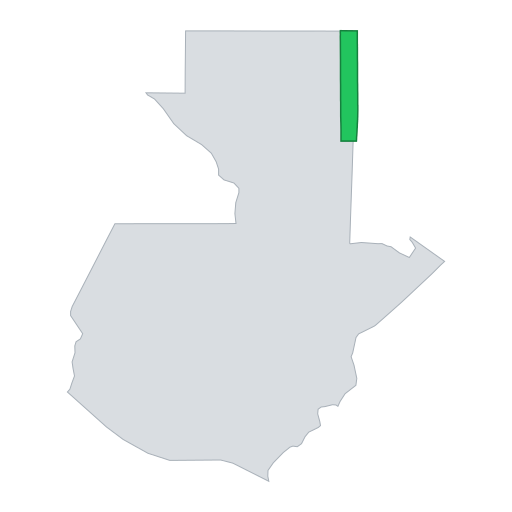 location of Melchor de Mencos, Petén, Guatemala
{"feature_id": "79465075B26662084929959", "entity_name": "Melchor de Mencos", "entity_type": "district", "adm_level": 2, "iso_a3": "GTM", "parent_name": "Guatemala", "parent_adm1": "Petén", "projection": "natural_earth1", "projection_center": [-89.228, 17.318], "detail": "fine", "context": "in_parent", "style": "filled", "palette": "green", "viewbox_px": 512, "rotation_deg": 0, "n_neighbors": 0, "source": "geoboundaries", "source_scale": "gbopen_adm2", "svg_char_len": 2751}
<svg xmlns="http://www.w3.org/2000/svg" viewBox="0 0 512 512"><path d="M67.4,392.0L69.9,389.2L72.0,382.7L74.5,376.0L73.0,368.2L72.1,361.9L75.0,352.8L74.8,345.9L76.1,341.7L80.4,338.9L82.7,333.7L70.6,315.6L70.6,311.5L72.2,306.5L82.2,287.2L94.0,264.3L107.0,239.0L114.9,223.8L143.3,223.7L162.1,223.7L186.0,223.7L212.0,223.7L229.0,223.6L236.0,223.5L234.9,213.6L235.8,202.6L238.9,192.7L238.9,188.3L233.9,183.0L224.0,179.9L218.6,175.1L218.6,169.1L216.2,161.8L211.4,153.3L201.6,144.6L186.6,135.7L173.8,123.7L163.3,108.7L154.5,99.0L147.6,95.0L146.0,92.8L166.1,93.0L185.1,93.2L185.2,71.7L185.4,52.5L185.6,30.9L220.0,30.9L261.1,31.0L303.7,31.0L337.2,31.1L356.8,31.1L355.9,57.9L354.9,88.9L354.1,111.7L353.1,142.2L352.1,173.3L350.6,215.7L349.7,243.2L350.2,243.8L361.4,242.5L377.9,243.7L382.0,243.6L387.1,246.0L391.0,246.7L399.4,252.9L409.3,257.5L415.6,248.1L412.3,242.4L409.8,239.5L410.2,237.0L444.6,261.4L440.5,265.2L431.8,273.9L415.9,288.8L401.7,302.1L388.1,314.2L375.7,325.1L374.3,326.1L358.6,333.9L356.0,337.5L352.7,352.9L351.1,356.7L354.0,365.2L356.8,378.4L355.9,385.3L345.1,393.7L340.1,401.4L337.9,406.3L336.0,405.0L332.6,404.7L324.9,406.6L321.2,407.0L318.1,409.2L317.7,413.9L319.8,421.6L320.5,425.6L318.4,427.4L308.8,432.1L305.1,436.6L301.5,443.7L297.3,446.7L292.9,446.1L289.9,447.2L283.3,452.5L273.3,462.8L268.0,470.4L267.8,476.2L268.8,481.3L232.7,463.1L220.6,460.0L169.8,460.4L148.0,453.3L123.2,439.5L106.5,427.0L67.4,392.0Z" fill="#d9dde1" stroke="#a8b0b8" stroke-width="1"/><path d="M356.4,141.1L356.5,139.7L356.6,136.6L356.7,136.2L357.0,131.5L357.1,128.6L357.2,127.8L357.3,125.3L357.3,123.9L357.3,123.5L357.4,123.4L357.4,122.8L357.4,122.5L357.5,122.0L357.5,121.7L357.5,121.0L357.5,120.8L357.6,119.7L357.6,118.4L357.7,116.6L357.7,115.5L357.8,110.3L357.8,107.8L357.8,107.7L357.8,105.2L357.7,105.1L357.7,100.1L357.7,99.9L357.7,99.7L357.7,96.5L357.7,96.2L357.7,95.5L357.7,95.2L357.7,93.7L357.6,90.1L357.6,89.1L357.6,84.7L357.5,81.5L357.5,77.2L357.5,74.6L357.5,74.4L357.5,74.0L357.5,63.0L357.4,59.1L357.4,54.8L357.4,52.8L357.4,47.6L357.4,46.8L357.3,46.3L357.4,45.2L357.3,43.6L357.3,38.6L357.3,36.2L357.3,34.9L357.3,33.5L357.3,30.9L340.4,30.7L340.3,32.5L340.4,34.3L340.3,36.7L340.4,41.9L340.4,45.5L340.5,60.3L340.5,67.3L340.5,67.5L340.5,68.7L340.5,68.8L340.5,69.0L340.5,75.1L340.5,78.9L340.6,85.0L340.6,86.1L340.6,86.3L340.6,86.6L340.6,91.4L340.6,92.9L340.6,94.2L340.6,94.4L340.6,100.3L340.7,102.0L340.7,107.7L340.7,110.9L340.7,113.3L340.7,113.5L340.7,115.9L340.7,116.3L340.8,119.2L340.8,119.3L340.8,120.9L340.9,122.9L341.0,129.4L341.0,129.7L341.0,130.5L341.0,134.8L341.0,141.1L343.3,141.1L345.1,141.1L347.0,141.1L347.4,141.1L348.1,141.1L349.8,141.1L351.6,141.1L352.9,141.1L353.8,141.1L356.4,141.1Z" fill="#22c55e" stroke="#15803d" stroke-width="1.5"/></svg>